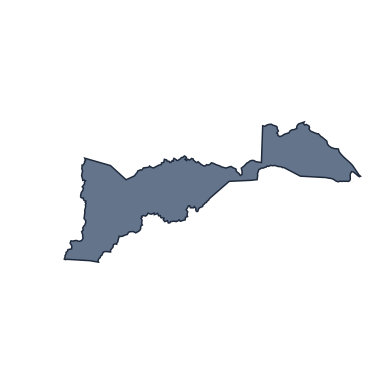 São Jerônimo, Rio Grande do Sul, Brazil, rotated 51°
{"feature_id": "56859067B72938685256949", "entity_name": "São Jerônimo", "entity_type": "district", "adm_level": 2, "iso_a3": "BRA", "parent_name": "Brazil", "parent_adm1": "Rio Grande do Sul", "projection": "albers", "projection_center": [-51.898, -30.291], "detail": "fine", "context": "isolated", "style": "filled", "palette": "slate", "viewbox_px": 384, "rotation_deg": 51, "n_neighbors": 0, "source": "geoboundaries", "source_scale": "gbopen_adm2", "svg_char_len": 4529}
<svg xmlns="http://www.w3.org/2000/svg" viewBox="0 0 384 384"><g transform="rotate(51 192 192)"><path d="M266.6,77.6L267.7,76.7L268.6,75.7L271.0,74.1L273.6,73.4L274.6,72.9L276.1,72.0L276.7,70.2L277.9,69.1L279.0,67.4L280.0,66.4L280.7,65.3L281.6,64.5L282.3,63.6L282.4,62.2L281.6,60.8L280.7,60.2L279.6,59.3L278.4,58.5L277.4,57.2L276.6,55.2L277.9,54.0L279.3,53.7L280.9,53.3L282.3,53.1L283.8,52.8L285.5,52.3L285.8,51.1L284.0,51.5L274.9,50.7L272.5,50.5L269.6,50.7L268.0,50.9L265.6,51.3L262.4,51.8L260.5,52.1L258.4,52.3L257.1,52.4L255.9,52.4L254.6,52.4L253.5,52.4L251.9,51.7L250.6,51.2L247.7,54.2L246.3,55.0L245.3,55.7L242.5,56.6L241.5,56.6L239.8,56.5L237.3,55.2L231.1,56.4L230.0,56.9L226.3,57.1L225.6,58.1L224.4,58.7L223.5,59.3L219.1,61.6L216.6,61.4L216.0,60.2L214.3,59.5L211.4,60.7L210.8,62.3L208.9,62.3L208.2,60.8L206.2,66.2L206.4,68.1L207.4,69.8L208.5,70.7L207.8,73.3L206.7,74.9L206.2,77.1L207.0,79.5L206.3,81.1L205.1,84.4L205.1,86.3L204.3,88.8L202.3,89.6L200.8,88.8L199.4,89.0L199.0,86.5L196.2,85.9L195.2,85.0L194.0,85.1L190.7,87.2L189.2,87.7L187.6,90.2L186.9,92.4L187.0,93.8L185.0,95.4L212.8,119.5L208.5,123.4L206.7,123.9L205.2,125.4L204.4,127.3L204.4,129.5L204.0,130.9L204.6,135.0L204.5,138.7L207.4,140.1L209.8,142.0L209.6,144.1L207.3,143.8L206.2,144.1L203.7,144.6L202.7,143.8L201.6,143.4L199.1,144.8L196.8,145.5L196.1,146.7L195.7,148.2L194.7,150.6L190.7,153.5L189.3,153.9L186.4,155.8L182.7,157.6L181.5,158.6L181.8,160.6L181.2,162.5L179.9,163.4L180.1,165.2L179.1,166.5L176.1,167.6L172.3,168.2L172.3,169.7L171.1,170.3L168.2,170.8L167.0,170.3L165.6,171.3L165.8,172.5L165.5,174.0L163.8,174.6L164.1,176.5L162.3,176.9L162.3,175.4L161.5,174.5L159.2,175.2L159.3,177.3L158.5,178.7L158.9,179.9L158.7,181.5L158.6,183.2L157.8,184.0L156.7,184.0L154.5,184.8L155.0,185.9L156.1,187.2L155.2,187.8L155.6,189.5L155.3,190.6L153.9,190.4L152.4,191.8L151.1,191.5L149.2,192.9L151.2,195.3L150.2,197.4L151.4,198.6L150.2,201.0L150.0,202.3L149.4,204.9L149.3,206.4L147.8,207.8L145.1,208.7L145.6,209.9L142.7,214.6L143.4,217.4L142.2,218.3L142.0,219.6L141.5,220.8L142.4,222.6L142.8,225.1L143.3,226.2L142.4,230.1L141.0,235.5L130.1,237.2L120.2,238.7L98.2,254.1L100.4,254.9L100.5,256.1L101.4,256.7L102.0,258.1L102.5,259.4L101.9,260.6L102.9,261.3L104.6,263.0L106.0,263.5L107.2,264.1L107.8,265.2L108.9,266.4L109.8,267.5L111.3,268.1L112.7,268.7L114.2,269.6L114.9,268.3L116.3,267.7L116.6,269.4L118.1,270.5L118.5,272.3L118.9,274.1L120.7,274.0L122.1,276.0L122.7,278.3L124.5,280.6L125.8,281.7L127.0,281.6L128.4,280.2L129.3,281.0L130.6,281.2L132.4,280.2L132.8,281.5L134.2,281.5L134.9,283.0L136.3,283.6L138.9,287.1L139.9,287.7L140.8,288.5L144.7,292.6L147.3,292.6L148.9,293.9L150.2,296.0L150.5,297.9L151.3,299.7L153.1,300.4L153.3,302.7L154.6,303.2L156.8,304.0L157.5,304.8L159.0,305.5L159.8,306.6L160.2,308.6L159.1,311.1L157.0,312.2L155.8,314.1L155.1,315.6L153.8,316.8L155.0,318.9L157.1,319.1L158.6,319.6L160.4,321.4L158.7,324.7L159.7,326.2L159.7,327.8L160.8,328.9L161.7,330.9L162.7,331.6L163.7,333.5L164.9,333.0L165.5,331.7L171.3,325.3L181.1,314.6L187.7,308.8L186.3,308.2L185.5,307.1L185.1,305.9L185.2,304.7L184.2,303.0L184.4,301.7L183.3,299.8L183.0,298.2L184.2,296.2L187.4,293.0L186.0,292.0L185.6,290.4L185.1,288.1L183.5,286.2L183.8,284.5L185.2,283.4L184.4,282.7L184.0,281.0L182.4,279.1L181.5,277.6L180.5,276.6L181.6,275.6L182.8,273.5L183.3,271.2L184.3,269.0L183.7,267.6L183.5,265.7L184.7,264.1L185.7,262.6L188.4,261.4L189.0,257.7L188.8,256.0L188.1,254.8L187.0,254.1L186.1,252.6L186.4,251.3L184.9,251.0L182.4,248.5L180.4,248.2L180.2,246.6L179.2,246.4L179.7,244.6L181.5,243.2L181.5,241.3L180.8,239.5L182.4,238.6L183.7,237.5L184.5,234.8L185.8,235.6L186.6,233.7L187.0,232.2L189.5,232.9L190.4,231.5L191.4,232.1L192.8,232.2L193.3,231.1L194.8,230.3L195.4,231.8L197.9,231.8L198.8,229.2L201.2,229.9L202.0,228.6L201.6,227.3L203.2,224.5L205.1,222.9L205.6,221.2L205.5,219.6L207.4,219.5L208.6,216.4L209.4,214.9L207.6,213.1L208.3,210.9L206.7,210.3L204.6,207.7L202.1,207.7L201.4,205.2L200.5,203.6L201.3,202.4L203.2,203.2L205.3,200.7L204.8,199.4L207.0,199.3L208.8,200.6L210.0,200.7L210.7,199.8L209.6,198.0L209.0,196.6L209.3,195.0L210.0,192.8L209.0,191.8L209.1,189.9L208.7,188.6L209.2,187.5L208.6,185.8L208.7,184.0L208.1,182.9L207.9,177.8L207.1,156.4L220.2,138.6L223.4,133.6L221.4,131.5L220.4,130.5L218.8,129.4L217.8,127.6L216.7,126.2L217.2,122.9L218.4,121.3L218.6,120.0L219.3,118.7L219.1,117.3L220.4,116.2L220.8,114.0L222.1,113.1L223.7,110.7L226.2,109.2L228.5,106.8L229.9,106.4L230.8,105.2L247.9,97.8L265.1,78.8L266.6,77.6Z" fill="#64748b" stroke="#1e293b" stroke-width="1.5"/></g></svg>